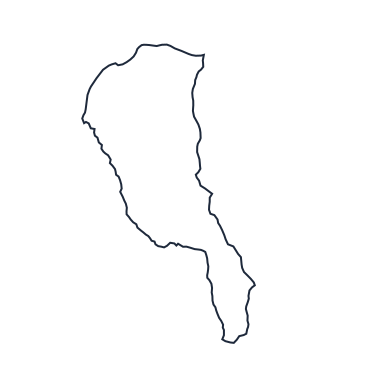 outline of Narandiba, São Paulo, Brazil, rotated 155°
{"feature_id": "56859067B67973256184477", "entity_name": "Narandiba", "entity_type": "district", "adm_level": 2, "iso_a3": "BRA", "parent_name": "Brazil", "parent_adm1": "São Paulo", "projection": "natural_earth1", "projection_center": [-51.523, -22.525], "detail": "fine", "context": "isolated", "style": "outline", "palette": "slate", "viewbox_px": 384, "rotation_deg": 155, "n_neighbors": 0, "source": "geoboundaries", "source_scale": "gbopen_adm2", "svg_char_len": 2585}
<svg xmlns="http://www.w3.org/2000/svg" viewBox="0 0 384 384"><g transform="rotate(155 192 192)"><path d="M226.8,45.7L224.8,42.7L220.8,39.4L217.9,37.6L213.8,39.2L210.1,41.4L205.6,40.5L202.7,40.6L199.9,44.4L198.2,46.0L196.7,48.3L196.1,52.0L193.8,56.4L193.2,59.9L192.6,63.2L191.2,65.4L188.3,68.3L185.6,71.3L184.7,74.0L181.5,78.5L177.9,80.2L174.5,80.9L174.2,83.9L175.4,88.4L176.9,92.7L178.7,97.5L178.6,102.0L177.7,105.3L175.2,112.3L176.4,116.3L177.5,125.2L181.5,129.4L181.5,134.9L181.0,139.2L180.8,144.8L180.9,149.6L181.4,152.8L180.5,156.3L181.5,161.6L184.5,164.5L184.1,168.7L182.2,172.3L180.1,175.6L178.3,179.4L174.5,181.9L176.2,185.0L178.7,189.7L181.6,194.2L180.8,199.3L181.6,203.1L181.2,206.1L178.0,207.2L174.6,209.5L173.7,212.3L172.6,215.2L171.4,218.6L171.0,221.8L170.5,226.0L168.1,230.9L166.3,233.3L163.1,235.5L161.4,237.2L159.2,242.4L158.2,245.9L157.7,250.5L157.9,253.9L158.3,259.4L157.6,262.4L156.9,265.1L154.2,270.0L152.3,274.2L151.4,277.7L149.9,281.7L147.7,285.0L143.6,288.8L141.8,292.1L139.5,294.2L137.9,296.2L135.0,298.4L132.1,299.1L128.9,300.7L127.5,304.1L126.6,306.7L123.3,311.3L126.1,311.8L131.0,313.9L134.2,316.1L136.7,318.5L141.9,324.3L146.9,329.4L149.8,333.5L152.5,336.2L156.9,338.1L159.2,338.6L162.3,339.2L165.6,341.3L168.7,343.3L171.2,344.7L173.4,345.8L175.6,346.4L178.7,345.7L181.1,344.7L183.9,341.9L187.6,339.5L192.0,338.1L196.4,337.3L200.9,337.0L205.4,338.1L206.9,341.0L211.0,341.6L214.0,341.7L221.0,340.4L230.4,335.5L239.0,330.3L241.3,328.5L245.7,324.1L253.4,311.9L255.4,309.2L257.9,307.5L260.4,305.0L260.7,300.0L258.5,300.3L256.6,297.8L256.8,292.5L253.7,290.3L255.6,287.3L256.2,284.1L254.7,281.2L255.5,276.3L253.8,272.7L255.8,269.5L255.3,266.2L254.3,263.7L252.5,260.7L252.0,255.8L254.2,252.9L252.9,249.3L252.1,245.3L252.6,242.8L253.5,239.7L252.0,237.0L252.2,233.2L252.9,228.9L254.3,224.8L257.0,222.5L256.8,217.0L257.0,212.8L256.9,209.4L257.7,205.3L259.5,202.2L260.7,199.4L259.7,196.0L259.2,193.0L258.1,189.4L256.1,186.3L256.5,182.8L254.4,178.3L253.2,176.0L251.8,172.9L250.2,170.5L249.6,167.9L249.2,164.9L246.9,162.9L247.2,160.0L245.5,157.2L242.9,155.4L240.7,153.6L237.4,153.8L233.2,155.2L229.7,152.8L228.8,150.1L226.5,151.0L223.3,146.2L220.1,144.8L217.2,142.3L213.7,139.1L210.9,137.4L208.4,135.8L206.8,134.1L205.3,132.1L205.7,128.8L206.3,125.5L207.8,121.3L208.6,117.8L210.0,115.2L211.9,112.2L213.4,110.2L214.4,107.8L213.5,104.8L213.2,100.6L214.4,96.5L216.6,92.6L217.5,89.1L219.3,84.9L220.1,80.9L219.5,77.6L220.1,74.5L220.4,71.0L220.6,66.5L220.0,62.9L219.9,58.6L221.4,56.1L221.4,53.4L223.6,48.7L226.8,45.7Z" fill="none" stroke="#1e293b" stroke-width="2"/></g></svg>